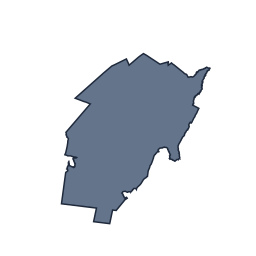 La Cruz, Chihuahua, Mexico (Albers equal-area conic projection), rotated 316°
{"feature_id": "50627088B14932470862023", "entity_name": "La Cruz", "entity_type": "district", "adm_level": 2, "iso_a3": "MEX", "parent_name": "Mexico", "parent_adm1": "Chihuahua", "projection": "albers", "projection_center": [-104.981, 27.9], "detail": "fine", "context": "isolated", "style": "filled", "palette": "slate", "viewbox_px": 256, "rotation_deg": 316, "n_neighbors": 0, "source": "geoboundaries", "source_scale": "gbopen_adm2", "svg_char_len": 5748}
<svg xmlns="http://www.w3.org/2000/svg" viewBox="0 0 256 256"><g transform="rotate(316 128 128)"><path d="M191.7,88.2L190.8,85.2L185.6,84.4L172.4,83.6L173.2,81.7L174.8,77.2L161.7,73.0L159.6,72.2L149.0,71.5L110.7,69.9L114.8,78.6L115.6,79.9L117.6,84.5L80.3,88.0L79.5,89.6L78.9,89.7L78.8,90.1L78.6,90.2L78.5,90.7L78.3,90.9L78.1,92.0L77.7,92.3L78.0,92.7L77.6,94.3L77.3,94.6L75.6,95.6L74.6,96.6L71.4,99.0L66.1,102.5L64.0,103.4L64.9,104.9L65.3,106.2L67.4,108.2L68.7,110.9L69.2,111.5L69.6,111.9L70.0,112.5L70.3,113.0L70.6,113.6L70.1,113.6L70.0,113.4L69.7,113.1L69.2,113.0L68.9,112.8L68.6,112.4L68.7,112.0L68.5,111.7L67.3,111.7L67.1,112.0L66.7,112.5L66.8,113.0L66.4,113.5L66.5,113.7L66.2,113.9L66.2,114.2L65.9,114.5L65.9,114.8L65.8,115.0L65.6,115.6L65.4,115.8L65.4,116.3L65.3,116.7L65.0,116.6L64.7,117.2L64.4,117.6L63.8,117.9L63.4,118.5L63.2,118.5L62.7,118.9L62.4,119.0L62.2,118.9L61.8,118.1L61.5,118.2L61.5,117.8L61.3,117.8L61.2,118.0L60.6,116.5L60.4,116.3L60.4,116.1L60.4,115.9L60.2,115.2L59.7,114.4L59.7,114.1L60.1,113.8L61.2,112.4L60.8,111.9L61.0,111.7L62.0,111.3L62.1,111.1L61.3,111.3L60.6,111.9L60.3,112.7L59.9,112.8L59.1,113.4L58.8,113.6L58.6,113.5L58.2,113.8L57.8,113.8L57.1,114.2L56.9,114.1L56.3,114.9L55.5,114.9L55.6,115.3L55.5,115.6L55.7,115.9L55.5,116.3L55.4,116.3L55.2,116.7L54.7,117.0L54.3,116.9L53.5,116.9L53.0,116.7L52.2,116.8L27.5,136.3L49.7,163.7L38.2,171.5L48.4,184.1L59.9,176.3L62.2,179.1L75.4,177.6L75.5,177.4L78.6,178.0L78.8,177.1L78.7,176.7L77.0,176.3L77.1,175.3L77.4,174.8L77.3,174.4L77.7,173.9L77.7,173.1L78.0,172.9L78.2,172.5L78.4,171.6L78.5,170.9L78.4,170.6L80.2,170.3L82.0,171.5L82.7,173.4L83.1,174.0L84.1,174.2L85.4,175.6L86.5,175.8L86.2,176.0L88.2,175.9L88.3,175.6L88.7,175.5L89.1,175.7L90.3,175.6L91.4,176.8L91.5,177.3L91.4,178.0L92.0,177.5L93.8,177.1L97.0,177.2L98.8,177.0L103.4,175.8L105.4,175.9L106.2,176.2L107.9,176.1L108.3,176.4L112.7,172.9L116.0,171.5L117.7,170.4L119.6,170.1L123.1,168.5L124.1,167.9L125.1,167.5L126.4,166.6L127.8,166.0L128.5,165.8L129.1,166.0L130.1,165.8L130.4,165.6L131.3,165.8L132.0,165.6L133.0,165.6L133.3,165.7L133.3,166.3L133.7,166.5L134.0,166.3L134.0,165.9L134.0,165.2L134.3,164.7L134.9,164.6L136.8,164.6L138.2,165.5L138.3,165.8L138.7,166.1L139.2,166.4L139.4,166.3L139.7,166.3L141.0,167.2L141.1,167.7L141.8,168.2L142.2,169.0L142.3,170.2L142.1,170.6L141.7,171.0L141.7,171.5L141.4,172.0L141.1,172.5L141.1,173.2L140.8,173.6L140.9,173.9L140.7,174.0L140.7,174.4L140.5,174.7L140.3,175.0L140.1,176.0L139.7,176.3L139.8,176.8L139.3,177.0L138.6,176.9L138.5,177.2L137.9,177.8L137.7,178.4L136.6,178.6L136.5,179.6L137.0,179.7L137.4,180.8L137.9,181.2L137.8,182.2L138.2,182.6L138.1,182.9L138.7,183.8L138.6,184.1L138.8,184.2L138.8,184.5L141.4,184.7L142.0,185.4L142.1,185.7L142.4,185.5L143.2,185.5L143.4,185.6L143.8,186.1L143.9,185.8L144.1,185.6L145.0,185.0L145.2,184.0L146.3,183.1L147.0,182.0L147.0,181.7L147.5,181.6L147.8,181.0L148.1,180.8L148.1,180.3L148.7,179.3L148.7,178.8L148.9,178.5L149.7,178.1L150.4,176.9L150.6,176.6L151.8,175.5L152.2,175.3L152.6,175.3L153.2,174.9L156.5,174.0L157.6,173.5L157.9,173.6L159.2,173.0L159.6,173.0L160.0,172.7L160.4,172.7L161.0,172.5L161.6,172.4L162.2,172.6L162.6,172.5L163.4,172.5L164.0,171.9L164.8,171.7L164.9,171.4L165.2,171.4L165.5,171.1L165.8,171.2L166.5,171.2L168.3,170.5L169.6,170.8L169.8,170.4L170.1,170.3L170.6,170.5L170.8,170.5L171.3,170.2L171.7,170.1L173.0,169.5L173.3,168.8L173.6,168.6L173.6,168.3L173.9,168.0L174.6,167.6L176.5,167.1L176.8,167.1L176.8,168.3L177.1,168.4L177.6,168.3L182.2,166.6L183.1,166.5L184.2,166.2L185.3,165.5L186.5,165.3L188.0,164.9L189.8,164.1L192.6,163.1L190.4,156.5L190.7,156.4L191.0,156.0L191.4,155.9L191.7,156.1L191.9,155.9L192.1,156.1L192.3,156.0L192.5,155.8L192.8,155.3L193.2,155.0L193.2,154.8L193.7,154.0L194.2,153.9L194.8,153.4L195.6,153.1L195.9,152.7L196.4,152.4L197.2,152.5L197.2,152.3L197.1,152.1L197.5,152.0L197.6,151.8L197.8,151.7L198.0,151.7L198.1,152.1L198.6,151.8L199.0,152.0L199.4,151.8L199.9,151.9L199.9,152.0L199.7,152.2L199.9,152.3L200.5,152.2L201.2,152.2L202.0,151.8L202.2,152.0L202.4,152.6L202.9,152.4L202.8,152.9L203.3,152.8L203.4,152.5L203.9,152.4L204.1,152.2L204.8,152.4L205.0,152.4L205.4,151.8L206.3,152.1L206.5,151.8L206.6,151.7L207.5,151.4L208.0,151.5L208.0,151.2L208.4,151.1L208.6,151.0L208.8,151.0L209.0,150.9L209.1,150.5L209.3,150.1L209.2,149.9L209.6,149.8L209.9,149.4L210.4,149.4L210.6,149.3L211.0,148.9L210.5,148.5L211.4,148.0L211.4,147.6L212.2,147.6L212.8,147.5L213.1,147.2L213.4,146.6L213.7,146.6L213.8,146.8L213.9,146.7L213.4,146.3L214.0,145.8L215.1,145.6L215.4,145.4L215.9,145.4L216.3,145.2L217.5,145.0L217.7,144.8L217.8,144.4L218.3,144.2L218.5,144.0L219.1,143.9L219.4,144.2L219.6,144.1L219.7,143.9L220.0,144.0L220.4,143.8L220.5,143.5L220.8,143.8L221.2,143.3L221.6,142.9L221.9,143.0L222.3,142.9L222.7,143.0L223.0,142.9L223.2,142.6L223.6,142.4L224.0,142.5L224.4,142.4L224.7,142.0L225.3,142.1L225.8,142.5L226.2,142.5L226.4,142.7L227.0,142.3L227.1,142.2L227.7,142.2L227.9,142.0L228.3,142.1L228.5,141.9L228.4,141.6L227.3,140.6L226.9,139.0L226.7,138.8L225.6,138.8L225.4,138.5L225.1,138.7L224.5,138.5L224.1,138.2L224.0,138.3L223.7,138.0L223.1,138.0L222.8,137.7L221.9,137.4L221.5,136.9L221.3,136.9L221.0,136.7L220.5,136.8L220.2,136.5L220.1,136.2L219.2,135.8L218.2,136.1L217.7,135.9L217.0,136.2L216.6,135.5L216.0,135.5L215.7,135.6L215.8,136.1L215.3,136.2L215.0,136.4L214.7,136.2L213.9,136.5L213.2,136.3L212.4,136.6L210.9,136.5L210.3,136.3L209.9,136.3L209.5,135.9L209.4,135.5L209.0,134.8L207.7,134.2L207.4,133.7L206.7,133.5L206.5,132.9L207.3,130.7L207.3,129.8L206.8,129.2L206.4,127.4L206.4,126.3L206.0,123.5L204.9,114.4L204.5,112.9L204.5,111.4L200.6,110.8L201.1,110.3L201.2,109.8L201.5,109.4L202.4,109.1L202.6,108.7L202.9,108.4L195.3,104.3L191.7,88.2Z" fill="#64748b" stroke="#1e293b" stroke-width="1.5"/></g></svg>